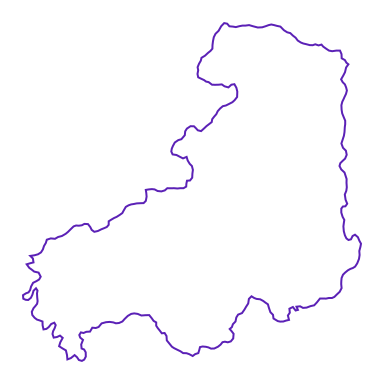 outline of Gouveia, Minas Gerais, Brazil
{"feature_id": "56859067B21802883811308", "entity_name": "Gouveia", "entity_type": "district", "adm_level": 2, "iso_a3": "BRA", "parent_name": "Brazil", "parent_adm1": "Minas Gerais", "projection": "natural_earth1", "projection_center": [-43.859, -18.506], "detail": "fine", "context": "isolated", "style": "outline", "palette": "violet", "viewbox_px": 384, "rotation_deg": 0, "n_neighbors": 0, "source": "geoboundaries", "source_scale": "gbopen_adm2", "svg_char_len": 5086}
<svg xmlns="http://www.w3.org/2000/svg" viewBox="0 0 384 384"><path d="M303.0,307.9L306.6,307.6L310.6,306.1L314.2,305.3L316.9,302.4L320.0,298.5L323.4,298.5L326.0,298.6L328.8,298.0L332.0,298.0L334.4,296.9L336.6,294.7L339.7,291.8L341.6,288.1L341.2,284.1L341.3,281.1L341.6,278.0L343.0,274.7L345.1,272.6L347.9,270.3L350.4,268.9L352.9,268.0L355.1,266.6L357.2,263.4L359.0,258.9L359.6,255.0L359.3,251.0L360.4,246.9L361.0,243.7L359.4,240.8L357.9,237.2L355.0,234.7L352.6,236.0L351.0,239.3L348.5,240.0L346.4,238.4L344.9,235.3L343.8,231.2L343.4,226.4L343.8,223.3L344.3,219.9L342.6,216.8L341.3,212.6L341.3,208.6L342.9,206.5L345.4,206.3L347.2,203.7L345.6,199.8L344.8,194.5L346.3,190.8L346.8,187.3L346.5,182.8L346.6,179.0L345.7,176.2L344.5,172.5L341.2,169.4L339.5,166.0L340.3,163.2L342.5,161.0L345.1,158.6L346.7,154.8L345.9,150.7L343.0,147.8L341.4,143.5L342.7,139.5L343.9,135.8L344.5,132.1L344.8,127.1L345.2,124.2L345.2,120.7L343.7,117.1L342.2,113.4L341.6,109.7L341.4,105.2L342.3,101.7L343.5,99.3L344.6,96.8L346.0,93.9L346.9,90.5L346.1,87.4L344.9,84.4L342.7,82.2L341.1,79.3L343.3,75.5L345.0,72.2L346.1,67.5L348.4,64.3L346.4,62.7L344.9,60.1L341.7,58.3L341.5,54.1L340.0,50.6L336.3,50.6L332.2,51.2L329.0,50.6L326.3,48.8L323.2,46.6L321.5,44.6L318.5,45.4L315.3,44.3L312.7,45.2L309.7,45.1L306.3,44.2L303.3,43.5L300.8,42.5L297.7,40.5L295.6,37.7L292.9,35.6L290.3,33.1L287.2,32.3L283.9,30.2L280.4,26.6L277.0,25.9L274.1,25.1L271.3,24.5L268.7,25.1L265.7,26.2L262.2,27.3L257.8,27.5L253.2,26.3L249.1,25.1L245.4,25.6L242.5,25.6L239.3,26.2L235.9,27.1L232.9,26.6L229.4,26.3L227.2,23.7L224.2,23.1L221.2,26.2L218.6,30.8L215.5,33.8L213.8,37.2L213.0,41.1L212.5,45.1L212.4,48.7L210.5,50.9L208.0,52.9L205.0,55.7L201.5,57.8L200.8,60.7L199.0,63.8L197.6,67.2L198.2,70.2L197.5,74.0L198.2,77.3L200.9,78.6L204.1,80.1L206.1,81.6L208.6,82.1L212.0,84.7L215.2,84.8L218.5,84.7L221.8,84.4L224.5,86.3L228.4,87.4L231.4,84.7L234.4,84.2L236.4,87.8L237.3,91.6L237.1,97.0L234.6,100.2L232.4,102.2L229.1,103.9L225.9,105.5L222.8,106.2L220.1,108.5L217.7,111.2L216.3,114.2L214.2,116.6L212.2,119.2L211.7,122.1L209.0,124.2L206.5,126.1L204.3,128.2L201.1,131.1L197.8,130.3L196.0,128.3L194.0,126.3L190.5,126.2L186.9,128.6L185.2,131.3L184.8,135.2L181.4,139.2L178.3,140.1L174.8,142.5L172.9,146.0L171.8,148.6L171.3,151.5L172.6,154.4L176.5,155.0L179.5,156.6L183.0,158.4L186.6,156.9L187.7,160.5L189.7,163.8L191.9,166.0L192.9,169.9L192.4,173.7L192.2,177.7L190.0,180.5L187.0,180.7L186.4,183.6L186.2,186.6L183.5,188.2L180.1,188.2L177.5,188.5L174.0,188.2L170.4,188.3L167.3,188.2L164.8,190.4L161.4,191.4L157.6,191.0L154.6,189.4L151.9,189.1L148.9,189.4L145.8,189.9L146.3,193.1L146.6,196.7L145.8,200.9L143.6,203.1L140.4,203.2L136.7,203.4L133.8,204.0L131.2,204.4L128.6,205.3L125.8,206.9L123.7,210.5L122.3,213.1L119.6,215.0L116.6,216.9L114.1,218.0L111.2,219.7L108.7,221.3L108.7,224.8L106.8,227.0L104.3,228.1L101.3,229.3L97.9,231.0L94.3,231.8L91.7,229.9L90.3,227.1L88.0,224.1L84.4,223.9L81.8,225.3L78.8,225.7L76.1,225.5L73.6,226.4L70.6,229.3L68.0,231.9L65.7,233.8L61.9,236.0L58.1,237.0L55.0,238.8L50.8,238.4L46.8,239.7L45.8,243.0L44.0,246.0L42.9,249.4L41.0,252.4L38.0,254.3L34.4,255.3L30.3,255.9L32.9,258.5L33.5,262.4L30.4,263.2L26.7,264.3L29.3,267.9L31.7,269.6L34.2,271.6L38.6,272.6L40.7,276.7L39.1,279.5L36.5,281.1L33.1,282.8L31.1,286.5L30.1,290.1L28.5,292.4L26.0,293.3L23.0,295.2L23.3,298.7L25.7,299.8L28.2,300.0L30.9,297.8L32.4,294.7L33.5,290.8L36.0,288.3L37.5,290.6L37.0,293.3L37.2,297.2L37.6,301.1L37.1,303.8L35.4,306.0L33.5,308.2L31.8,311.8L32.3,315.0L34.6,317.8L37.0,319.6L39.6,320.4L42.5,321.5L42.6,325.3L43.5,329.4L46.4,328.9L48.7,327.1L51.2,324.0L54.3,322.7L55.7,325.1L54.6,328.3L53.1,331.2L52.5,334.0L53.7,337.6L57.0,337.0L60.0,335.6L62.7,337.9L60.3,342.3L59.1,346.2L62.3,348.3L65.9,350.4L67.0,355.0L67.4,359.4L70.9,358.1L74.6,355.1L77.0,357.2L78.9,360.0L81.9,360.9L84.2,359.6L85.8,356.6L85.7,352.3L84.1,349.5L81.6,348.5L81.2,344.5L83.0,339.9L80.2,337.6L79.3,335.0L80.9,332.4L83.5,333.0L86.3,331.8L90.0,331.6L92.3,327.7L95.8,328.0L98.6,327.0L101.6,323.4L106.0,322.2L109.7,321.9L113.3,322.4L115.9,323.3L119.0,323.0L122.4,321.5L124.6,319.0L127.8,315.9L131.2,313.9L134.2,313.4L137.7,313.9L141.4,315.5L145.4,315.2L149.2,315.1L151.7,318.2L153.6,320.9L156.2,322.4L156.2,325.7L157.7,328.0L159.7,330.5L161.8,333.3L164.6,333.0L166.5,336.0L166.8,340.4L169.4,343.6L171.9,346.7L174.0,348.1L177.4,349.8L180.5,351.3L183.1,353.1L186.5,353.2L189.1,354.1L192.7,356.0L195.2,354.1L198.3,353.1L199.3,349.9L200.0,347.1L202.6,346.5L205.9,346.8L208.4,347.4L211.0,348.6L214.3,348.5L218.0,346.7L220.6,344.6L222.5,342.2L224.9,341.7L227.8,342.3L230.8,341.4L233.2,338.5L233.6,333.8L231.6,331.2L229.7,329.0L231.9,327.1L232.9,324.2L235.5,321.5L236.3,317.5L238.1,314.6L242.0,313.1L244.5,309.5L246.0,306.9L248.2,303.5L248.9,298.9L251.5,296.3L254.2,298.0L256.5,298.9L260.2,299.3L263.3,301.0L265.4,302.6L267.9,304.3L268.9,307.8L270.4,312.2L273.0,314.8L273.5,318.5L277.8,321.1L280.2,321.6L283.3,321.5L286.0,320.6L289.0,319.9L287.9,315.5L289.8,312.7L289.4,308.7L292.9,307.0L295.6,310.5L297.9,309.9L296.5,306.7L300.1,306.3L303.0,307.9Z" fill="none" stroke="#5b21b6" stroke-width="2"/></svg>